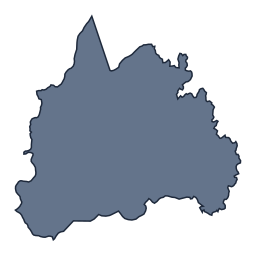 Acreúna, Goiás, Brazil
{"feature_id": "56859067B88500827622042", "entity_name": "Acreúna", "entity_type": "district", "adm_level": 2, "iso_a3": "BRA", "parent_name": "Brazil", "parent_adm1": "Goiás", "projection": "albers", "projection_center": [-50.297, -17.423], "detail": "fine", "context": "isolated", "style": "filled", "palette": "slate", "viewbox_px": 256, "rotation_deg": 0, "n_neighbors": 0, "source": "geoboundaries", "source_scale": "gbopen_adm2", "svg_char_len": 4757}
<svg xmlns="http://www.w3.org/2000/svg" viewBox="0 0 256 256"><path d="M158.8,55.4L156.6,54.3L155.6,52.9L155.3,50.4L154.3,48.8L154.8,46.3L152.7,46.6L151.6,44.3L148.3,44.3L145.9,44.8L143.6,44.9L141.9,46.1L139.8,46.8L137.5,49.0L136.0,50.4L134.3,52.1L132.2,54.3L130.4,55.5L128.4,56.6L125.2,57.9L122.4,60.4L119.6,63.8L118.7,67.3L115.9,69.2L113.6,70.4L111.3,70.9L110.0,70.4L91.8,16.2L88.7,21.5L86.7,23.7L84.1,27.5L82.5,30.9L79.9,33.5L78.1,36.2L77.3,39.9L77.0,42.5L76.7,49.4L75.1,54.3L74.2,58.7L74.5,61.3L74.2,63.8L73.2,66.2L71.2,68.2L69.5,68.8L67.9,70.0L66.1,72.1L64.9,74.1L64.8,76.4L64.2,78.8L63.3,80.4L62.4,82.2L61.2,84.1L59.4,85.4L57.5,86.9L55.1,86.7L53.6,85.3L50.9,84.9L50.1,86.4L47.7,87.8L46.2,89.2L44.0,90.0L42.1,89.7L41.1,90.6L38.6,90.6L36.6,91.2L36.8,92.9L37.0,94.5L38.2,96.7L38.9,98.8L41.3,99.6L41.7,101.8L41.9,103.2L41.5,105.3L40.5,107.3L40.6,109.3L40.1,111.4L39.3,114.5L38.1,116.9L36.6,117.7L35.2,117.6L33.5,118.2L32.0,118.9L31.1,120.4L30.3,122.0L30.7,124.5L29.7,126.7L30.1,128.8L29.9,130.8L31.4,132.1L30.1,133.7L30.3,135.6L30.8,137.7L31.9,139.5L31.6,142.4L31.4,144.5L31.4,147.5L30.6,149.3L28.7,150.5L27.0,151.0L25.3,151.1L23.9,152.2L23.9,154.1L25.9,153.9L27.1,153.0L28.6,152.3L31.1,152.6L32.8,153.5L33.1,154.9L32.0,157.4L31.2,159.4L31.2,161.3L32.3,163.0L33.7,164.5L35.4,167.5L35.6,170.3L35.9,172.2L35.8,174.4L35.0,176.3L33.8,177.5L32.6,179.0L31.1,180.8L28.6,182.0L26.7,181.5L23.2,181.2L21.7,180.8L20.2,180.8L18.5,181.9L17.7,183.2L16.3,185.1L15.6,186.5L15.5,188.7L15.8,190.3L16.2,192.0L17.6,193.9L19.0,195.3L20.0,196.5L20.4,198.9L21.0,200.3L21.8,202.0L21.4,203.8L20.5,205.1L19.9,206.3L18.5,207.8L16.9,209.2L15.4,210.1L16.9,211.5L18.6,212.4L20.2,213.4L21.7,215.3L22.6,217.4L23.8,219.4L24.2,220.7L25.2,222.8L27.1,224.1L27.8,225.4L28.2,227.3L30.2,229.6L31.7,232.1L32.5,233.8L33.7,235.0L35.6,235.5L38.8,235.7L40.4,236.5L43.1,237.1L45.2,237.2L47.4,236.5L48.7,236.1L50.3,236.2L52.3,236.8L53.3,239.8L54.5,238.8L56.1,236.0L58.3,233.1L60.6,231.9L63.6,231.3L73.4,220.9L90.4,221.1L94.2,219.0L98.7,214.5L101.7,215.8L105.9,216.1L109.4,215.5L111.3,214.7L118.5,211.1L120.6,213.7L122.6,216.5L124.8,218.5L128.2,219.6L131.9,220.0L136.0,219.1L138.9,216.7L141.6,215.4L143.9,214.1L145.6,210.9L146.2,208.2L145.8,206.1L144.2,204.4L145.5,202.4L147.7,200.3L148.8,198.6L150.5,199.7L152.5,202.1L154.5,203.2L156.9,201.5L159.1,199.0L160.7,197.9L163.3,197.3L165.4,195.8L167.9,196.0L172.0,197.2L175.0,197.5L179.1,199.1L186.9,197.1L189.9,197.4L190.5,198.9L192.1,198.7L193.8,196.4L195.9,197.5L197.4,199.6L198.4,202.6L203.1,206.2L201.1,206.5L199.7,207.7L202.3,212.2L202.7,210.5L204.0,210.0L204.5,211.6L206.0,212.2L208.2,213.4L209.6,214.5L211.8,215.2L212.2,213.2L213.2,212.3L214.7,211.8L216.0,211.4L216.9,210.3L217.9,211.6L218.4,210.1L219.3,208.5L221.5,209.6L224.1,209.0L225.2,208.1L225.2,205.5L224.5,204.2L223.3,203.1L223.5,201.4L224.4,199.4L226.2,199.4L227.6,197.9L228.2,196.6L228.6,195.2L228.7,193.2L229.2,191.3L228.5,189.6L227.7,187.7L228.4,185.8L230.0,186.2L231.3,186.7L232.7,186.3L234.0,185.2L234.9,183.9L235.8,182.9L236.2,181.1L237.1,179.5L236.5,177.5L234.6,177.3L234.2,176.1L236.1,174.9L238.7,173.7L238.1,172.0L237.0,170.8L236.3,168.7L236.1,166.6L236.7,165.0L238.2,163.8L240.4,162.9L240.6,160.7L238.9,158.0L239.0,156.2L238.0,154.4L236.4,154.5L235.7,152.7L235.2,151.1L236.0,150.2L236.3,148.3L237.2,145.8L236.9,143.6L235.8,141.6L234.9,142.7L232.6,143.2L230.8,141.1L230.0,138.9L228.7,137.6L227.0,137.5L225.6,137.4L225.0,135.2L221.5,138.0L220.0,138.3L219.2,137.3L218.2,135.8L216.4,134.3L216.9,132.6L217.5,130.9L215.7,129.3L213.9,128.4L214.8,126.5L216.2,125.6L216.8,123.2L218.0,121.3L216.7,120.5L214.8,121.5L213.4,122.0L212.0,121.5L212.0,119.6L213.2,118.7L213.9,117.1L212.7,115.0L212.9,112.5L213.1,109.8L214.4,107.1L213.1,105.4L211.5,104.2L211.8,102.8L209.6,101.0L207.2,101.6L206.1,100.7L205.9,98.9L205.9,97.3L205.6,95.8L206.2,94.1L206.4,92.6L204.8,91.3L203.8,89.5L202.8,88.3L201.0,88.7L199.5,89.6L199.0,91.4L197.1,94.4L196.8,96.1L196.0,97.4L194.0,97.6L192.6,95.7L191.7,93.8L190.1,93.1L188.8,93.6L187.4,94.4L186.2,93.7L184.6,95.1L183.8,96.4L182.1,97.3L180.6,95.8L179.1,97.5L177.8,99.0L177.0,96.2L176.5,94.4L177.9,92.5L177.7,91.0L179.6,88.3L180.9,89.3L182.5,89.9L183.4,88.3L183.4,86.7L182.4,84.8L184.4,83.1L186.0,81.9L187.9,81.6L189.2,80.7L190.4,79.6L191.1,78.2L192.1,76.1L192.0,73.5L191.6,72.0L190.5,70.9L188.7,71.2L186.9,70.8L185.4,70.2L185.3,68.1L186.4,67.1L187.3,65.5L187.0,63.2L185.7,61.5L185.9,60.1L187.3,58.7L187.5,57.2L186.2,55.8L185.8,54.4L184.0,54.4L182.8,55.6L181.3,53.7L179.9,53.4L178.7,56.0L177.9,59.1L179.1,62.8L178.8,64.8L179.1,67.8L177.3,67.7L175.7,67.4L174.3,65.6L172.0,66.1L169.8,66.2L170.0,64.0L170.1,62.0L168.6,59.7L167.1,61.1L165.4,62.5L162.9,62.7L162.5,60.6L162.4,59.2L160.4,58.2L159.4,57.1L158.8,55.4Z" fill="#64748b" stroke="#1e293b" stroke-width="1.5"/></svg>